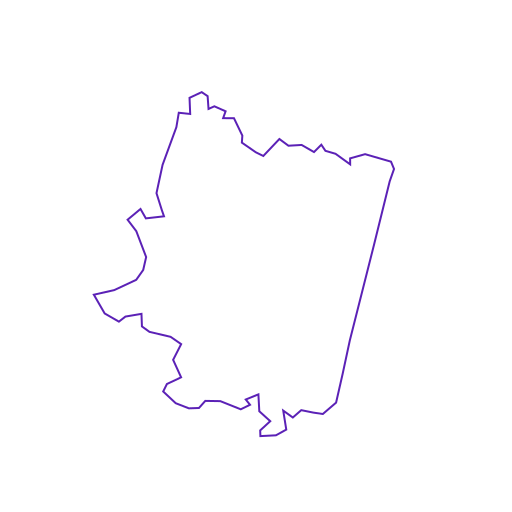 outline of Caroline, Virginia, United States of America, rotated 154°
{"feature_id": "52423323B80552302614844", "entity_name": "Caroline", "entity_type": "district", "adm_level": 2, "iso_a3": "USA", "parent_name": "United States of America", "parent_adm1": "Virginia", "projection": "mercator", "projection_center": [-77.316, 38.015], "detail": "fine", "context": "isolated", "style": "outline", "palette": "violet", "viewbox_px": 512, "rotation_deg": 154, "n_neighbors": 0, "source": "geoboundaries", "source_scale": "gbopen_adm2", "svg_char_len": 1102}
<svg xmlns="http://www.w3.org/2000/svg" viewBox="0 0 512 512"><g transform="rotate(154 256 256)"><path d="M93.8,273.7L93.3,281.6L113.3,299.7L128.6,302.5L131.2,297.1L139.7,313.0L147.5,320.1L148.5,327.4L158.3,324.0L166.3,335.8L178.5,340.9L183.7,350.9L205.6,342.7L210.7,349.3L219.0,364.1L215.5,370.2L215.4,389.5L225.1,394.3L219.9,399.4L227.8,408.8L234.2,409.0L229.4,420.9L233.0,427.1L246.4,427.3L252.9,412.5L262.6,418.6L271.1,406.7L300.0,378.9L317.9,356.1L320.5,338.7L321.3,332.0L338.5,338.1L339.2,348.9L355.5,344.9L352.7,330.8L355.2,303.2L363.5,292.9L374.1,287.1L398.4,287.5L418.7,292.3L417.2,270.7L408.0,257.1L399.9,258.8L384.3,254.2L389.4,242.7L385.0,234.5L368.2,220.8L361.9,209.6L376.0,199.0L376.5,179.8L392.2,180.0L398.8,174.9L392.7,158.9L383.1,148.5L373.9,144.4L365.1,148.0L351.7,141.2L336.9,124.9L326.6,124.9L328.1,131.5L314.5,130.6L321.1,115.0L315.6,101.3L328.7,97.4L331.0,92.2L316.7,86.1L304.9,86.7L299.3,105.1L293.7,94.7L282.9,97.6L273.1,90.1L265.2,84.7L248.3,89.1L229.7,112.2L208.6,139.1L164.4,191.4L145.4,213.9L103.1,264.5L93.8,273.7Z" fill="none" stroke="#5b21b6" stroke-width="2"/></g></svg>